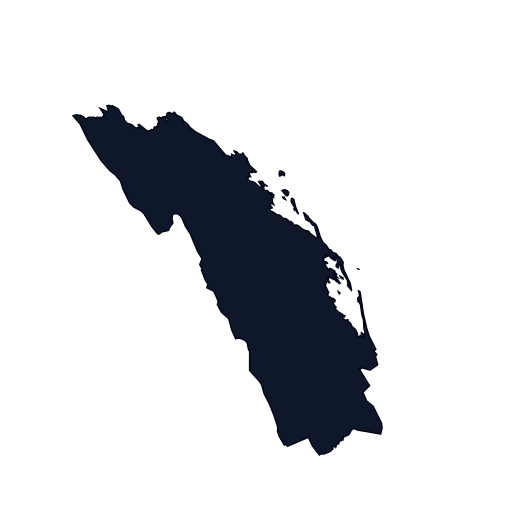 the district of Eyja- og Miklaholtshreppur, Vesturland, Iceland, rotated 237°
{"feature_id": "244011B92076156941754", "entity_name": "Eyja- og Miklaholtshreppur", "entity_type": "district", "adm_level": 2, "iso_a3": "ISL", "parent_name": "Iceland", "parent_adm1": "Vesturland", "projection": "natural_earth1", "projection_center": [-22.557, 64.849], "detail": "fine", "context": "isolated", "style": "filled", "palette": "ink", "viewbox_px": 512, "rotation_deg": 237, "n_neighbors": 0, "source": "geoboundaries", "source_scale": "gbopen_adm2", "svg_char_len": 6135}
<svg xmlns="http://www.w3.org/2000/svg" viewBox="0 0 512 512"><g transform="rotate(237 256 256)"><path d="M473.2,178.9L462.4,180.4L445.2,178.2L420.5,178.1L407.5,179.9L400.4,182.2L392.6,183.2L384.5,180.9L369.4,179.0L363.5,180.2L356.6,184.1L352.9,185.1L337.5,184.7L328.1,185.6L327.1,187.0L327.5,190.1L325.1,196.6L327.1,199.4L328.9,204.2L332.9,205.8L335.8,208.1L336.0,208.9L335.9,210.8L334.2,213.3L330.5,214.5L328.3,214.6L319.2,213.0L310.3,212.9L291.3,209.5L283.1,209.3L279.5,204.2L274.2,203.7L274.0,202.6L263.3,200.3L258.9,200.5L256.1,197.5L249.5,201.4L239.7,199.9L237.7,199.0L236.5,197.2L235.9,197.1L227.6,196.4L218.3,199.0L206.8,195.3L197.6,193.9L197.1,196.1L194.5,198.8L190.8,201.0L187.5,201.2L182.2,199.0L179.2,198.6L163.5,188.3L148.3,190.7L144.2,190.4L136.3,187.9L124.8,186.7L111.7,184.1L100.7,181.1L97.1,178.5L91.8,177.2L81.9,176.8L81.8,178.4L79.3,178.8L75.4,201.2L65.9,199.9L54.6,200.8L54.8,202.5L52.9,205.3L51.7,211.5L51.9,213.3L52.4,213.8L52.2,214.6L52.7,214.9L52.4,215.4L54.6,217.1L53.8,218.3L52.7,218.3L53.0,218.6L52.5,219.1L54.0,220.9L54.1,222.4L53.4,222.8L54.6,223.9L55.1,225.7L54.7,227.1L55.0,227.9L54.3,228.6L56.5,230.6L55.6,236.7L58.0,241.0L58.2,243.5L57.2,244.8L54.7,246.4L38.8,263.6L43.1,268.1L47.5,270.2L66.3,272.4L74.1,269.8L83.5,271.4L85.4,280.6L105.4,281.1L104.3,282.6L104.9,283.6L98.2,289.5L98.5,298.8L106.8,301.5L107.2,303.2L107.8,303.7L111.5,302.9L112.3,304.2L112.5,305.7L126.7,307.2L135.1,309.5L149.0,314.5L169.0,323.7L171.6,322.9L169.2,322.6L165.9,321.0L165.4,318.5L164.3,317.6L162.0,316.8L160.0,317.4L157.8,316.9L148.3,312.5L143.7,311.3L136.7,307.2L131.5,305.4L131.8,304.9L130.9,303.9L134.2,302.7L133.2,302.0L129.1,302.2L128.7,301.3L132.6,300.2L131.9,299.4L132.4,298.1L135.2,297.5L135.5,298.8L139.8,299.3L141.4,299.2L143.8,298.1L148.4,298.6L151.2,297.4L152.2,297.5L152.2,298.3L152.9,297.9L153.1,296.1L155.3,295.3L155.8,294.7L157.4,295.4L157.5,296.9L156.8,297.2L157.6,298.0L157.9,297.1L160.5,296.6L160.6,296.0L162.9,295.6L163.6,294.7L169.6,293.6L170.1,293.8L169.5,295.2L174.7,294.7L174.6,295.3L176.0,296.1L174.9,296.9L176.0,297.3L175.4,298.1L175.7,298.4L178.1,297.7L177.8,297.3L178.2,297.0L180.8,296.1L180.9,295.2L183.7,294.9L185.9,295.6L185.3,296.6L185.8,297.0L192.6,297.9L196.0,299.2L194.8,299.8L196.5,301.0L196.0,301.8L193.9,302.6L193.6,303.3L198.2,303.6L197.3,304.3L198.8,305.7L193.9,308.5L195.7,309.6L190.9,309.5L191.0,310.2L188.2,310.6L188.8,311.0L187.9,311.8L191.5,311.6L193.6,310.2L194.5,311.7L193.3,312.7L198.4,311.8L199.0,312.1L196.1,313.9L200.9,312.9L200.0,313.7L200.3,313.9L205.1,311.6L205.4,310.1L204.9,309.1L211.2,309.1L212.4,310.1L211.0,311.2L211.1,312.1L212.7,311.8L213.9,310.2L218.3,310.4L218.1,311.2L216.0,311.1L218.1,312.0L216.9,313.7L219.6,314.8L216.9,315.6L216.6,315.9L217.3,316.8L217.1,317.4L213.4,317.8L209.3,319.6L209.1,320.4L212.3,320.8L210.0,322.2L208.6,322.2L205.8,320.6L204.8,318.3L203.3,317.5L201.3,318.4L204.1,321.5L203.4,322.3L200.0,320.6L195.6,319.6L186.2,319.5L182.2,317.8L181.6,316.7L175.3,317.3L175.5,317.6L181.7,320.1L196.0,322.0L200.8,323.7L203.3,325.7L209.2,325.8L210.1,324.9L214.9,324.3L216.8,322.4L220.6,322.0L220.4,321.4L221.6,320.7L226.9,320.7L230.6,319.5L237.0,320.3L247.3,323.2L250.6,323.2L253.5,322.1L259.2,321.0L261.3,321.3L262.0,320.6L265.4,320.1L266.1,319.5L259.2,317.7L255.2,320.0L251.7,320.2L250.6,320.5L250.4,321.3L249.3,321.5L238.0,317.9L238.7,316.2L244.9,313.9L248.0,313.6L249.4,312.5L248.9,311.6L250.1,311.7L252.9,309.7L258.4,308.0L260.2,306.6L260.5,305.9L259.8,305.3L260.4,304.5L263.4,304.8L266.7,303.8L263.8,303.7L264.0,302.5L267.8,302.6L271.0,301.5L273.2,298.9L276.3,298.6L278.4,297.2L278.5,296.3L283.1,294.5L285.9,292.7L287.6,292.9L289.7,294.2L287.9,294.7L287.5,295.7L288.1,296.0L290.6,295.5L291.7,295.8L291.3,297.9L289.4,298.8L292.7,299.3L294.5,300.5L296.9,301.1L295.4,302.6L296.9,303.3L297.4,304.3L298.7,303.8L297.5,303.2L297.8,302.5L299.8,302.2L299.7,303.5L300.2,303.6L301.4,302.1L301.3,300.8L302.2,300.7L302.7,301.5L304.4,301.3L307.2,298.0L307.7,298.2L307.8,299.1L310.6,300.6L310.1,302.4L307.9,303.7L310.3,302.8L310.6,302.1L315.1,301.9L315.7,300.8L314.1,300.6L315.2,300.1L315.2,299.4L316.2,299.4L315.7,299.0L316.1,298.7L312.7,298.8L310.6,297.6L310.6,296.9L318.2,294.9L320.5,293.4L321.5,292.0L324.3,291.1L326.6,291.8L326.0,292.8L326.7,293.6L325.6,294.6L328.2,295.0L329.4,296.1L329.3,297.3L328.0,298.2L328.5,299.3L326.7,300.6L326.3,301.6L326.5,302.3L334.8,300.1L339.9,300.6L343.0,301.7L346.9,300.8L349.0,301.3L349.5,300.8L348.6,300.1L350.6,297.1L353.9,296.5L355.9,294.9L354.7,294.7L352.6,295.6L352.8,294.7L351.1,294.2L351.7,293.0L354.5,290.9L352.9,290.1L352.9,288.9L357.1,285.5L375.7,283.0L379.7,280.1L393.5,272.7L399.8,270.7L404.2,270.4L408.4,268.8L412.7,269.1L417.5,266.1L421.0,265.9L421.2,265.3L420.6,263.6L423.8,261.3L424.1,259.2L422.1,256.9L418.1,256.5L416.9,255.6L418.6,254.3L421.0,255.4L422.3,255.4L423.3,254.0L423.3,251.6L425.2,250.5L425.0,249.4L425.6,248.6L425.1,248.1L421.4,247.6L420.4,245.5L418.2,244.7L418.9,243.9L418.4,242.7L419.5,241.0L417.7,238.6L419.1,237.1L418.8,235.9L419.8,233.0L429.9,229.7L430.3,228.8L427.0,227.8L428.3,226.4L428.2,225.5L429.6,224.5L434.1,223.2L437.3,220.3L441.4,219.6L445.4,220.8L447.5,220.0L454.3,220.6L460.4,217.3L460.5,216.1L462.4,214.8L463.2,212.8L457.7,211.1L457.3,210.4L464.7,205.7L458.3,205.7L456.6,205.2L456.6,204.3L455.9,204.0L456.4,203.4L455.8,201.9L457.3,200.8L456.8,199.6L458.2,199.2L459.1,198.0L459.0,196.6L461.3,195.1L461.0,194.3L463.0,192.2L463.5,190.4L463.3,188.8L464.5,187.3L466.4,187.3L469.5,185.5L472.6,181.6L473.2,178.9ZM282.5,315.1L270.5,314.2L267.9,314.4L276.2,316.1L282.8,318.5L284.7,317.8L284.6,316.8L282.5,315.1ZM296.7,313.4L290.3,314.2L289.5,314.9L289.7,316.5L291.7,318.1L293.7,317.8L296.2,316.0L296.7,313.4ZM311.1,324.9L313.6,323.4L314.3,321.9L312.0,319.9L310.2,319.4L309.8,320.9L310.7,321.8L308.0,323.5L309.3,324.8L311.1,324.9ZM190.2,317.1L193.1,315.6L190.7,315.4L189.3,316.5L190.2,317.1ZM290.8,310.4L289.1,310.4L287.4,311.5L290.2,311.7L290.8,310.4ZM181.2,305.6L180.3,305.3L179.4,305.3L179.9,305.7L179.7,306.0L181.2,305.6ZM188.1,335.2L189.5,334.8L189.6,334.6L188.1,335.2ZM274.4,313.5L275.5,313.3L274.1,313.3L274.4,313.5Z" fill="#0f172a" stroke="#020617" stroke-width="1.5"/></g></svg>